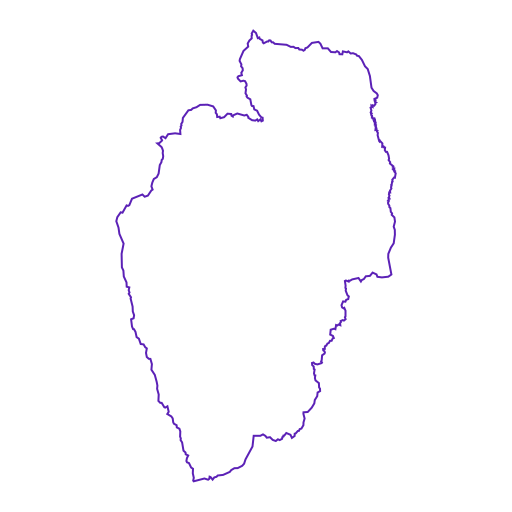 Padre Abad, Ucayali, Peru (Equal Earth projection)
{"feature_id": "86281439B41758290509877", "entity_name": "Padre Abad", "entity_type": "district", "adm_level": 2, "iso_a3": "PER", "parent_name": "Peru", "parent_adm1": "Ucayali", "projection": "equal_earth", "projection_center": [-75.247, -8.814], "detail": "fine", "context": "isolated", "style": "outline", "palette": "violet", "viewbox_px": 512, "rotation_deg": 0, "n_neighbors": 0, "source": "geoboundaries", "source_scale": "gbopen_adm2", "svg_char_len": 6028}
<svg xmlns="http://www.w3.org/2000/svg" viewBox="0 0 512 512"><path d="M253.3,30.7L251.7,33.5L252.1,34.9L251.6,35.8L251.7,38.4L249.4,40.5L247.7,43.5L248.2,46.6L243.5,50.9L239.9,59.1L239.6,60.9L241.4,64.4L241.1,66.3L242.6,68.2L242.8,70.3L241.3,72.8L241.9,75.2L238.4,76.2L237.5,77.3L237.9,78.6L240.6,81.4L243.4,80.7L245.1,81.2L246.5,83.9L246.6,85.6L245.4,87.4L246.0,89.4L245.5,93.3L246.9,95.6L246.6,96.5L247.5,97.7L250.3,99.3L251.4,105.1L252.0,106.0L253.5,106.1L254.3,109.4L257.1,110.7L259.0,114.6L261.4,117.4L262.6,117.7L262.8,120.6L261.4,121.3L260.4,119.4L258.2,121.1L257.2,119.4L255.3,120.6L252.1,120.2L248.3,117.8L248.3,116.8L246.7,114.8L244.3,115.5L237.3,113.5L233.0,115.4L232.8,116.5L231.5,115.7L231.2,114.0L227.5,113.7L224.1,117.2L220.3,118.2L219.7,116.7L217.2,117.0L216.9,114.3L215.7,112.8L215.9,110.4L213.2,106.4L207.5,104.7L200.1,104.9L196.5,107.2L192.7,108.4L191.2,109.9L188.4,110.3L182.9,117.9L182.5,121.9L181.2,124.0L181.5,125.5L180.7,126.5L181.0,127.9L180.1,129.9L180.4,134.0L175.1,133.3L168.1,134.2L165.5,138.2L163.0,136.5L161.5,136.8L160.7,137.8L162.1,140.3L161.8,140.8L159.2,143.2L157.4,143.4L161.5,147.0L162.2,148.4L163.0,150.8L162.7,153.0L163.2,156.2L162.8,158.8L161.7,160.0L161.4,162.2L159.8,165.0L158.6,173.6L156.8,177.2L153.8,179.0L152.3,182.6L151.4,186.3L152.6,189.6L151.3,190.5L147.9,195.6L144.7,196.7L142.4,194.5L132.0,198.7L129.3,205.2L128.0,205.9L126.6,205.4L122.5,212.7L120.7,212.3L117.3,217.2L116.3,221.2L118.5,227.6L119.4,233.9L123.6,243.6L121.6,253.8L121.9,267.4L123.4,270.6L123.8,276.5L126.5,282.4L126.7,286.7L129.3,287.4L128.7,290.2L129.5,292.5L128.7,293.8L131.0,297.3L130.6,298.5L132.6,306.6L132.8,311.5L134.1,315.2L133.6,318.3L131.1,319.3L132.0,326.5L133.1,329.1L134.0,329.2L135.5,331.9L136.6,337.1L138.9,338.7L140.7,344.0L143.6,344.4L145.2,347.2L146.8,348.4L146.0,352.9L146.8,357.0L148.8,358.8L150.4,358.9L151.9,364.1L151.4,369.7L154.8,374.9L156.7,381.9L157.4,385.6L157.1,388.8L158.7,394.5L158.4,400.9L160.3,402.9L161.7,402.9L164.3,407.2L165.2,407.6L167.4,406.3L168.7,411.8L167.3,414.0L171.3,416.4L172.7,418.4L173.2,422.2L173.9,423.7L176.6,425.2L176.8,427.4L179.4,428.7L180.3,431.4L180.1,436.6L180.8,438.4L180.6,440.1L182.1,442.4L183.5,450.7L185.5,452.5L185.7,454.3L188.2,455.5L186.9,458.2L186.4,461.0L187.0,462.3L189.0,463.1L191.1,467.5L193.0,468.8L192.8,473.3L193.8,477.8L193.2,480.6L193.7,481.3L204.4,478.5L208.1,479.7L209.3,478.8L209.6,476.7L210.6,477.1L212.6,479.6L214.3,477.4L216.5,476.8L217.7,475.5L223.1,474.9L229.8,471.9L231.2,470.1L234.4,468.2L237.7,468.1L242.2,465.8L244.1,463.7L245.5,459.4L252.5,446.5L253.7,435.8L260.3,435.8L263.0,434.4L265.4,435.9L266.8,437.7L270.0,437.2L272.7,439.9L275.8,441.0L277.9,439.3L279.7,440.1L282.1,438.8L282.3,437.2L283.5,436.5L283.4,435.6L284.5,435.3L286.3,433.0L290.5,434.8L291.9,437.9L294.6,436.0L294.7,433.7L295.7,433.4L297.8,431.0L299.0,430.8L299.7,429.1L301.4,428.6L303.4,425.2L303.5,422.4L304.6,418.5L303.4,413.8L303.5,412.3L307.7,412.0L311.7,407.7L314.3,403.4L314.8,400.0L317.2,396.2L317.6,392.5L320.1,391.1L320.0,388.7L319.1,387.4L318.9,383.1L315.5,380.4L314.9,378.0L315.3,375.5L314.6,375.4L314.0,373.4L314.6,369.5L313.8,369.0L313.7,366.5L312.2,365.1L312.0,363.0L313.5,362.5L315.0,363.9L317.5,364.4L321.6,363.1L322.0,362.4L321.1,361.5L321.7,360.1L322.1,355.3L324.5,353.6L324.9,352.6L324.5,351.3L323.3,350.4L323.1,349.1L324.8,348.9L324.8,346.7L325.4,345.8L326.3,345.7L327.4,343.6L328.8,343.0L330.0,340.8L331.6,340.8L332.7,338.4L333.8,338.0L332.9,335.9L330.2,334.6L330.7,329.7L334.1,328.7L335.4,329.2L336.1,325.0L337.4,325.5L338.5,324.5L340.3,325.2L340.0,323.2L340.9,322.1L340.7,321.0L342.8,320.1L343.9,320.6L345.6,319.2L344.9,317.2L345.5,316.3L345.5,310.7L344.3,307.9L343.7,308.4L342.1,307.4L341.5,305.2L343.1,301.4L345.4,301.7L346.2,299.8L348.2,299.1L348.8,296.4L347.5,295.3L345.7,290.7L346.0,288.6L345.4,287.9L345.6,285.6L344.9,281.0L345.9,280.5L348.7,281.6L348.9,280.6L350.0,280.7L352.2,279.4L358.5,278.0L360.9,281.5L361.7,280.1L363.9,279.0L365.8,276.3L369.9,275.9L372.6,272.6L376.5,274.4L377.4,276.8L381.9,277.4L388.3,276.7L391.4,274.5L388.2,257.7L388.3,253.9L390.9,247.6L393.7,243.3L394.9,234.7L394.8,229.8L393.7,226.7L395.0,221.6L394.4,217.4L391.7,214.8L392.1,213.4L390.8,211.8L390.4,208.1L389.4,207.2L389.3,205.5L388.2,203.9L388.0,202.8L388.8,201.1L388.0,200.7L388.8,199.6L388.6,198.2L389.4,198.3L388.9,197.2L389.5,195.5L388.9,194.7L389.2,192.4L390.2,192.5L390.0,190.6L391.4,188.5L391.0,187.1L391.6,185.6L391.2,185.0L391.7,184.5L392.1,181.7L392.6,181.5L392.3,179.7L394.1,177.5L394.9,177.7L395.7,173.3L394.4,171.7L395.0,171.1L394.3,170.5L394.3,169.5L393.7,170.1L392.8,169.1L393.4,168.6L393.5,167.2L392.8,166.8L393.2,166.2L389.9,163.5L390.2,162.2L388.6,160.0L389.1,158.8L388.5,155.3L387.1,151.9L385.9,151.9L384.8,150.2L385.1,147.6L383.5,147.3L383.7,146.5L382.9,146.0L382.2,146.4L382.4,143.4L380.1,141.0L379.6,141.6L379.1,140.9L379.4,140.0L378.8,139.7L377.6,135.1L377.9,132.9L377.0,131.5L377.4,130.7L376.1,130.2L376.1,129.0L375.5,129.4L375.7,127.8L376.3,128.0L375.7,125.7L376.4,124.4L375.5,125.1L375.6,123.5L374.8,124.0L374.8,122.7L374.0,122.8L374.7,122.5L374.2,121.4L375.2,121.7L375.0,119.9L374.1,120.4L374.2,118.4L373.1,118.6L372.9,119.4L372.5,117.5L371.9,117.5L372.0,115.6L371.4,115.4L371.0,113.7L371.6,113.3L370.7,112.4L371.4,110.6L370.6,107.7L371.4,107.4L371.4,105.7L372.7,106.8L372.8,105.3L374.2,105.7L375.4,104.1L375.2,102.7L376.0,102.4L374.9,101.5L375.5,100.4L374.5,100.1L374.4,98.9L377.2,97.7L377.8,95.2L376.8,93.4L373.6,91.0L371.5,87.7L369.9,76.0L367.7,69.0L365.0,66.3L361.9,59.9L358.9,56.1L357.0,55.7L356.3,54.5L353.0,53.2L350.7,53.5L348.3,51.4L347.1,52.3L342.9,51.4L342.3,54.3L339.5,54.2L339.1,52.5L337.0,51.1L335.4,52.3L331.0,52.0L327.8,48.3L322.6,48.3L320.4,43.7L318.5,41.9L311.9,42.9L307.4,47.5L305.4,48.2L304.8,49.8L303.5,50.7L302.0,49.7L299.3,49.5L298.3,48.0L295.4,48.1L293.5,46.8L290.8,46.9L286.6,44.8L274.7,43.8L273.1,42.3L271.7,42.3L270.5,40.5L269.2,40.3L268.3,41.5L267.3,41.4L263.7,43.3L262.8,42.5L262.5,40.4L259.6,38.8L259.3,37.5L257.8,38.1L256.0,33.0L253.3,30.7Z" fill="none" stroke="#5b21b6" stroke-width="2"/></svg>